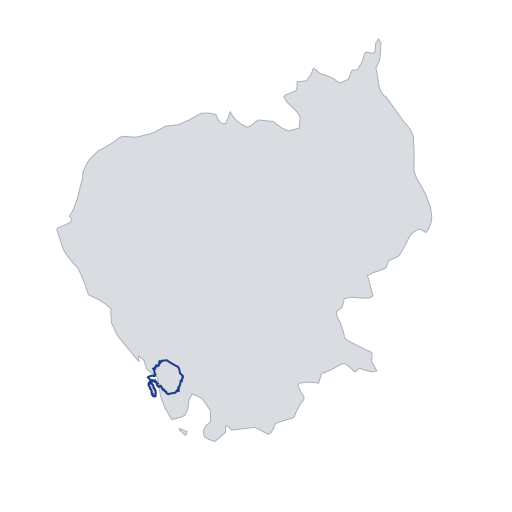 Kaoh Kong, Kaôh Kong, Cambodia (highlighted), rotated 344°
{"feature_id": "14789045B37744308574617", "entity_name": "Kaoh Kong", "entity_type": "district", "adm_level": 2, "iso_a3": "KHM", "parent_name": "Cambodia", "parent_adm1": "Kaôh Kong", "projection": "natural_earth1", "projection_center": [103.11, 11.431], "detail": "fine", "context": "in_parent", "style": "outline", "palette": "blue", "viewbox_px": 512, "rotation_deg": 344, "n_neighbors": 0, "source": "geoboundaries", "source_scale": "gbopen_adm2", "svg_char_len": 7724}
<svg xmlns="http://www.w3.org/2000/svg" viewBox="0 0 512 512"><g transform="rotate(344 256 256)"><path d="M433.7,81.1L434.8,85.6L431.9,94.1L428.8,101.8L423.0,108.5L422.8,113.5L420.8,128.2L421.6,132.9L423.0,137.0L424.9,139.1L430.1,153.6L434.8,166.7L439.4,177.5L440.2,184.4L436.1,201.7L431.3,217.6L431.8,225.5L433.9,233.4L436.2,244.0L437.1,257.5L435.9,266.4L433.7,271.8L429.5,277.4L425.8,280.3L421.4,275.5L417.9,275.3L413.2,276.8L409.5,279.0L401.9,287.2L393.6,295.2L382.0,297.3L377.5,303.2L372.7,304.0L363.5,304.3L357.6,305.7L357.8,308.7L357.4,322.8L357.5,326.2L356.6,327.0L352.5,327.5L345.4,325.3L335.9,321.8L329.1,321.2L325.7,327.4L323.6,329.8L321.0,330.2L318.4,331.3L317.5,334.0L317.2,337.4L318.6,343.3L319.1,352.7L318.7,359.0L321.2,363.0L335.8,376.6L340.1,380.0L340.6,382.0L338.1,389.3L340.4,399.7L335.8,399.5L328.2,395.1L324.6,392.3L320.2,394.5L318.6,394.1L315.7,389.0L311.7,383.8L307.7,383.5L299.3,385.5L290.6,386.9L287.3,386.9L286.0,387.9L281.0,395.6L278.9,394.3L270.1,391.3L262.2,390.2L260.5,392.2L261.5,398.5L263.3,404.7L262.3,407.3L257.9,410.5L252.1,416.4L248.6,420.9L246.1,422.0L237.3,421.8L228.6,422.4L225.1,426.7L221.8,430.0L218.9,430.9L207.5,420.3L184.7,416.7L182.2,412.0L180.0,411.1L178.0,417.1L165.5,423.0L160.2,419.5L156.4,415.2L157.0,410.0L160.6,405.7L166.8,402.6L169.6,391.9L164.9,378.2L160.8,374.2L156.4,371.0L151.8,376.1L147.9,384.9L143.9,389.4L138.2,390.4L129.9,390.0L126.6,377.0L125.6,365.8L126.7,353.0L128.0,345.5L119.9,335.0L119.5,325.1L115.6,320.0L114.5,322.6L114.6,325.4L113.5,323.4L100.8,294.2L98.7,280.7L100.9,270.3L102.1,266.8L98.5,261.3L93.4,255.1L84.3,247.0L83.7,234.0L81.7,218.8L78.9,213.7L74.8,204.3L72.6,196.6L71.8,176.0L73.0,174.4L79.4,173.8L87.6,172.3L88.9,169.0L87.5,166.3L92.8,161.6L100.3,151.4L106.2,140.8L110.4,134.1L112.9,127.4L121.4,118.0L133.1,111.4L141.0,109.9L149.3,107.7L157.3,104.5L161.0,104.2L170.9,108.0L176.2,109.0L181.8,109.0L187.6,109.4L192.6,109.0L204.7,106.3L217.5,108.4L228.9,106.8L243.0,103.7L250.0,105.6L256.3,108.7L257.2,115.0L258.7,117.8L260.8,120.0L263.6,120.0L267.2,115.6L270.2,111.2L271.2,110.3L271.4,112.5L272.9,117.4L275.6,122.2L278.3,125.4L282.9,129.6L285.8,129.8L295.5,125.8L310.0,131.6L311.7,134.6L316.4,140.5L321.5,144.7L332.8,145.0L336.8,134.5L334.9,128.2L328.4,117.1L326.6,110.6L328.6,109.4L339.6,108.2L341.3,106.9L343.7,99.7L346.7,100.5L352.7,101.5L359.1,96.6L362.9,91.4L365.0,93.8L367.2,97.4L369.7,99.5L374.4,102.6L379.4,106.9L382.6,111.2L385.1,112.9L391.6,111.7L393.4,111.9L397.1,106.7L399.7,103.8L402.0,104.7L405.3,104.6L412.0,98.0L415.8,91.9L418.0,90.3L424.0,93.3L426.5,92.7L429.9,84.3L433.7,81.1ZM122.3,359.8L121.1,360.6L119.9,360.5L118.7,359.3L118.8,354.6L119.7,351.8L121.8,351.2L122.3,359.8ZM141.4,405.9L138.8,409.1L134.8,402.6L134.8,400.7L141.4,405.9Z" fill="#d9dde1" stroke="#a8b0b8" stroke-width="1"/><path d="M148.3,357.2L148.4,356.9L148.5,356.8L148.5,356.6L148.8,356.2L149.0,356.0L149.0,355.9L149.1,355.7L149.4,355.5L149.5,355.5L149.5,355.4L149.9,355.6L149.9,355.4L150.0,355.4L150.1,355.2L149.9,355.0L150.1,354.8L150.0,354.7L150.3,354.8L150.2,354.9L150.4,355.0L150.4,354.8L150.5,354.7L150.9,354.1L151.3,353.5L151.3,353.3L151.4,353.2L152.2,352.7L152.1,352.3L152.3,352.0L152.4,351.9L152.6,351.3L152.0,350.8L152.0,350.0L151.9,349.6L151.3,349.0L151.0,348.6L150.7,347.6L150.7,347.0L150.8,346.1L150.8,345.5L150.9,344.8L151.0,343.7L151.0,343.1L150.6,341.4L150.3,340.8L149.7,340.4L145.2,335.9L141.4,331.6L136.7,330.8L136.6,331.1L136.1,331.4L135.8,331.4L135.6,331.6L135.2,331.5L135.1,331.4L135.1,331.1L135.0,330.8L134.4,330.5L134.1,330.6L133.9,330.9L133.8,331.3L133.6,331.7L134.1,332.4L134.0,332.8L133.8,332.9L133.5,333.0L133.1,332.8L132.8,333.1L132.8,333.4L132.8,333.7L132.6,334.1L132.0,334.3L131.8,334.5L131.6,334.8L131.3,334.8L130.9,334.5L130.4,334.8L130.2,334.8L130.1,334.6L130.2,333.7L129.7,333.6L129.4,333.9L129.0,334.8L128.2,335.2L128.2,335.4L128.2,335.8L128.0,336.6L127.4,336.4L126.7,335.8L126.1,335.9L126.5,337.5L126.5,338.0L126.5,340.0L126.3,340.5L126.3,340.9L126.3,341.1L126.2,341.5L126.4,341.8L126.7,342.1L126.6,342.3L126.3,342.5L126.0,342.9L125.9,342.9L126.0,343.0L125.9,343.1L125.8,342.9L125.7,343.2L125.6,343.3L125.4,343.4L125.2,343.4L124.8,343.4L124.7,343.0L124.2,342.9L123.8,342.6L123.2,342.5L122.7,342.2L122.1,342.3L121.7,342.4L120.9,342.4L120.6,342.3L120.0,342.3L118.8,342.7L118.6,342.9L119.1,343.5L119.2,343.9L119.5,344.4L119.9,345.3L120.2,345.7L120.1,345.8L120.2,346.7L120.2,347.2L120.1,347.6L119.9,347.6L120.1,347.9L120.1,348.5L120.3,348.6L120.5,348.7L120.4,348.6L120.6,348.5L120.7,348.2L120.8,348.4L121.0,348.2L121.3,347.9L121.4,347.7L121.5,347.8L121.7,347.6L122.1,346.8L122.5,347.3L122.8,347.1L123.0,347.3L123.1,347.6L123.3,347.6L123.8,347.8L123.7,348.1L123.6,348.4L123.4,348.4L123.5,348.7L123.6,348.8L123.8,348.4L124.0,347.9L124.3,347.8L124.1,348.3L124.2,348.9L124.3,349.1L124.5,349.1L124.4,348.8L124.5,348.6L124.8,348.8L125.1,349.6L125.3,349.6L125.2,349.8L125.2,350.0L125.3,350.1L125.5,350.4L125.3,350.3L125.2,350.8L125.3,351.9L125.3,352.2L125.4,352.4L125.3,352.5L125.5,353.4L125.5,353.6L125.9,354.4L126.4,354.7L126.4,354.9L126.6,355.1L126.8,355.1L127.0,355.0L127.5,354.6L128.1,354.6L128.2,354.4L128.4,354.4L128.6,354.5L128.8,354.7L128.7,355.0L128.6,355.3L128.7,355.5L128.8,355.6L128.9,355.9L129.0,356.0L129.0,356.3L129.2,356.5L129.3,356.6L129.4,356.9L129.3,357.0L129.4,357.3L129.3,358.3L129.4,358.6L129.5,358.8L129.9,358.9L130.3,358.7L130.5,358.8L130.6,359.3L130.9,359.6L130.7,359.8L130.9,360.8L131.2,361.0L131.4,361.2L131.7,361.2L132.0,361.5L131.9,361.6L132.3,362.2L132.2,362.6L132.3,362.8L132.3,363.3L132.6,363.5L132.7,363.8L132.8,364.0L133.0,364.0L133.3,364.2L133.3,364.3L133.5,364.4L133.8,364.7L134.1,364.8L134.5,364.6L134.9,364.5L135.6,364.6L136.4,364.7L136.6,364.8L138.7,364.9L139.6,365.0L140.7,365.2L140.9,365.0L141.5,364.6L142.6,364.3L142.5,364.0L142.4,363.8L142.5,363.7L142.8,363.4L143.1,363.3L143.5,363.4L143.8,363.8L144.3,364.3L144.5,364.4L144.6,364.2L144.6,363.8L144.3,363.4L144.2,363.1L144.5,362.9L145.2,362.5L144.8,361.7L144.7,361.4L144.8,361.2L145.3,360.7L146.1,360.6L146.3,360.5L146.5,360.2L146.6,359.6L146.9,359.5L147.1,359.3L147.5,359.0L147.6,358.9L147.6,358.5L148.0,357.8L148.0,357.6L148.3,357.2ZM118.0,349.0L117.9,348.8L118.0,348.6L117.9,348.6L117.7,348.8L117.5,349.3L117.3,349.7L117.2,349.9L117.2,350.2L117.2,350.3L117.2,350.7L117.1,350.9L117.2,351.0L117.3,351.2L117.8,352.7L117.7,353.0L117.7,353.5L117.5,353.8L117.5,354.0L117.6,354.3L117.8,354.5L118.4,356.6L118.4,356.8L118.5,356.9L118.5,357.1L118.4,357.2L118.3,357.5L118.1,357.6L117.9,358.1L117.9,358.4L118.1,358.5L118.2,358.9L118.2,359.0L118.1,359.4L118.2,359.7L118.1,359.9L118.1,360.0L118.2,360.3L117.9,360.4L117.8,360.5L118.2,361.0L118.4,361.0L118.4,360.9L118.6,360.8L118.6,361.0L118.4,361.1L118.7,361.8L118.4,362.0L118.5,362.3L118.8,362.1L119.0,362.1L119.2,362.5L119.1,362.8L119.2,362.7L119.6,362.5L119.8,362.7L119.9,363.0L120.4,363.2L120.5,363.1L120.8,363.0L121.0,362.7L121.1,362.2L121.1,361.8L121.4,361.5L121.5,361.1L121.6,360.9L121.4,360.6L121.5,360.5L121.7,360.1L121.8,360.0L121.9,359.8L122.0,359.5L122.0,359.2L122.1,358.5L122.2,358.3L122.3,358.1L122.2,357.7L122.0,357.2L121.8,356.9L121.9,356.5L122.1,356.2L122.1,355.7L121.8,355.4L121.6,355.4L121.5,355.1L121.4,355.1L121.1,354.7L121.2,354.3L121.3,353.6L121.4,353.0L121.5,353.0L121.6,352.5L121.6,352.3L121.5,352.1L121.4,351.7L121.2,351.3L121.2,351.2L120.8,350.5L120.8,350.4L120.7,350.3L120.8,350.1L120.8,349.9L120.7,349.7L120.6,349.3L120.4,349.1L120.2,348.9L119.8,348.9L119.7,349.0L119.5,348.9L119.3,349.0L119.2,349.1L119.0,349.3L118.9,349.5L118.6,349.7L118.4,349.7L118.3,349.8L118.2,349.8L118.1,349.6L118.1,349.4L118.3,349.0L118.2,348.9L118.0,349.0ZM119.9,347.6L119.7,347.5L119.6,347.4L119.5,347.6L119.6,347.8L119.8,347.6L119.9,347.6Z" fill="none" stroke="#1e3a8a" stroke-width="2"/></g></svg>